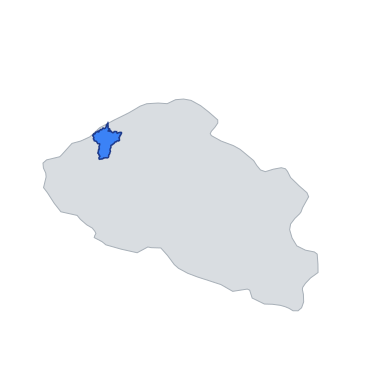 Tsento, Paro, Bhutan (highlighted), rotated 24°
{"feature_id": "84629894B34516930524400", "entity_name": "Tsento", "entity_type": "district", "adm_level": 2, "iso_a3": "BTN", "parent_name": "Bhutan", "parent_adm1": "Paro", "projection": "robinson", "projection_center": [89.316, 27.609], "detail": "fine", "context": "in_parent", "style": "filled", "palette": "blue", "viewbox_px": 384, "rotation_deg": 24, "n_neighbors": 0, "source": "geoboundaries", "source_scale": "gbopen_adm2", "svg_char_len": 5735}
<svg xmlns="http://www.w3.org/2000/svg" viewBox="0 0 384 384"><g transform="rotate(24 192 192)"><path d="M299.7,165.8L299.2,168.1L296.7,174.3L295.1,181.1L296.5,186.7L302.1,193.3L309.7,198.6L319.3,199.0L328.1,197.0L331.6,197.8L336.4,206.7L339.9,214.3L335.3,222.2L332.8,229.2L331.9,234.1L332.5,236.2L335.4,240.2L338.7,247.0L339.2,253.2L337.2,257.4L332.6,259.4L327.8,258.8L323.8,258.9L318.8,259.6L311.0,261.9L303.7,264.9L290.1,264.4L284.6,258.2L282.0,258.2L269.6,266.2L256.1,264.8L231.5,267.4L221.2,268.0L210.7,267.2L205.3,265.5L195.4,259.9L186.3,255.8L177.2,259.5L174.0,260.2L166.6,269.8L150.7,273.0L134.8,275.3L130.2,274.0L121.2,273.4L120.9,271.2L121.1,269.0L119.1,267.3L115.5,265.5L109.2,264.8L101.2,262.4L96.6,260.1L80.3,263.4L70.8,258.4L60.1,251.4L54.6,248.4L52.6,237.6L50.7,234.2L46.5,230.5L44.1,226.2L46.1,221.8L56.8,213.6L57.6,211.7L62.6,196.4L69.5,190.8L76.3,183.1L81.5,170.8L91.4,158.2L102.2,145.2L109.7,134.7L114.7,129.8L124.9,124.5L133.4,121.4L139.4,114.4L146.5,110.5L153.8,108.7L164.7,109.6L175.0,112.2L186.2,115.7L187.5,118.5L186.6,123.5L185.0,128.6L184.9,131.2L186.7,132.6L197.7,133.6L211.1,132.8L218.7,133.5L235.5,138.2L240.5,141.5L245.6,144.0L250.7,143.6L257.0,138.1L263.7,133.5L267.9,132.8L270.8,134.3L276.2,138.7L287.3,142.8L297.3,145.9L300.5,148.9L299.4,161.5L299.7,165.8Z" fill="#d9dde1" stroke="#a8b0b8" stroke-width="1"/><path d="M93.0,198.3L93.1,198.6L93.5,199.1L93.5,199.5L94.0,199.6L94.3,199.7L94.6,199.4L94.9,199.2L95.4,199.0L95.6,198.9L95.9,198.6L96.0,198.6L96.2,198.4L96.3,198.4L96.6,198.3L96.7,198.2L96.9,198.0L96.9,197.8L97.2,197.5L97.3,197.4L97.3,197.2L97.5,196.9L97.6,196.7L97.8,196.7L98.3,196.5L98.4,196.4L98.5,196.2L98.9,196.0L99.4,195.7L99.5,195.6L100.2,195.5L100.9,195.2L101.0,195.0L101.3,194.7L101.4,194.4L101.5,194.2L101.5,193.7L101.4,193.5L101.4,193.4L101.3,193.2L101.0,192.6L101.1,192.4L101.0,192.2L100.9,191.9L100.9,191.7L101.1,191.3L101.2,191.1L101.1,190.9L101.1,190.7L101.2,190.4L101.1,190.0L101.1,189.8L101.0,189.7L100.9,189.6L100.9,189.2L100.9,188.9L101.0,188.6L101.0,188.4L101.0,188.1L100.6,187.6L100.5,187.4L100.4,187.3L100.1,187.2L100.0,186.9L99.9,186.7L99.7,185.9L99.7,185.7L99.8,185.4L99.8,184.8L99.8,184.7L99.8,184.3L99.6,184.2L99.5,183.6L99.2,183.0L99.1,182.9L99.0,182.7L99.1,182.3L99.1,182.2L99.3,181.9L99.8,181.6L99.9,181.2L100.1,181.0L100.1,180.9L100.3,180.5L100.5,180.0L100.8,179.8L100.9,179.4L101.0,179.1L101.2,178.8L101.1,178.5L101.1,178.2L101.3,177.9L101.4,177.7L101.7,177.5L101.8,177.2L102.0,177.1L102.5,176.8L102.5,176.7L102.6,176.4L102.7,176.0L102.8,175.8L103.0,175.7L103.5,175.3L103.8,175.2L104.2,175.2L104.3,174.8L104.4,174.5L104.7,174.4L104.7,174.1L104.4,173.7L104.2,173.4L104.2,173.2L104.0,172.9L103.9,172.7L103.6,172.4L103.2,172.2L103.2,171.6L103.3,171.5L103.4,171.4L103.5,171.2L103.5,170.9L103.4,170.6L103.3,170.3L103.2,170.1L103.2,169.9L103.3,169.9L103.5,169.7L103.6,169.4L103.4,169.1L103.5,168.8L103.6,168.6L103.7,167.9L103.6,167.6L103.7,167.4L103.7,167.1L103.7,166.9L103.5,166.7L103.4,166.7L103.3,166.3L103.2,166.3L102.7,166.5L102.4,166.7L102.1,166.7L102.1,166.9L102.0,167.0L101.9,167.1L101.5,167.2L101.3,167.3L101.1,167.4L100.9,167.6L100.7,167.8L100.5,168.0L100.3,168.2L100.1,168.5L99.9,168.7L99.8,168.8L99.6,168.7L99.3,168.4L99.2,168.3L98.9,168.1L98.6,167.9L98.4,167.8L98.4,167.6L98.2,167.7L98.0,167.8L97.8,167.8L97.6,167.8L97.2,168.0L96.8,168.1L96.6,168.4L96.3,168.5L96.3,168.9L96.3,169.2L96.2,169.5L95.8,169.9L95.5,169.9L95.3,170.1L95.2,170.1L94.9,170.0L94.5,169.9L94.3,169.9L94.1,169.8L93.9,169.8L93.8,169.6L93.7,169.6L93.3,169.4L92.9,169.2L92.6,169.0L92.3,169.1L92.4,169.3L92.4,169.6L92.3,169.8L92.3,170.0L92.1,170.0L91.5,170.1L91.2,170.1L90.8,170.4L90.6,170.4L90.5,169.9L90.6,169.5L90.7,169.3L90.8,168.9L91.0,168.7L91.3,168.6L91.4,168.4L91.2,168.1L91.1,167.9L90.9,167.9L90.4,167.8L89.9,167.9L89.6,167.7L89.1,167.4L88.8,166.8L88.8,166.5L88.6,165.9L88.4,165.7L88.1,165.5L88.1,165.4L88.0,165.1L88.0,164.8L87.7,164.6L87.5,164.3L87.4,164.2L87.4,163.9L87.4,163.7L87.4,163.4L87.2,163.2L87.2,163.3L87.1,163.5L87.2,163.9L87.1,164.0L86.9,164.6L86.8,165.1L86.8,165.4L86.7,165.6L86.6,166.0L87.1,166.3L87.1,166.6L87.1,166.8L87.1,167.0L87.1,167.3L87.0,167.5L86.9,167.7L86.9,167.8L86.9,168.0L86.9,168.4L86.9,168.6L86.9,168.8L86.7,168.9L86.6,169.1L86.4,169.4L86.3,169.5L86.0,169.8L85.7,169.8L85.4,169.8L85.0,169.7L84.9,169.7L84.7,169.7L84.6,169.9L84.5,170.5L84.3,171.1L84.2,171.4L84.2,171.7L84.2,171.9L84.0,172.0L83.3,172.2L82.9,172.2L82.9,172.6L82.9,172.8L82.8,173.0L82.7,173.4L82.5,173.7L82.5,173.9L82.5,174.7L82.4,174.8L82.3,175.1L82.2,175.2L81.6,175.3L81.6,175.1L81.3,174.7L81.2,174.9L81.1,175.1L81.0,175.3L80.8,175.6L80.6,175.8L80.4,176.1L80.1,176.2L79.9,176.3L79.8,176.5L79.5,177.0L79.7,177.7L79.8,177.8L79.8,178.0L79.7,178.3L79.3,178.5L79.2,178.6L78.7,178.7L78.6,178.8L78.6,179.0L78.8,179.1L78.9,179.3L78.9,179.5L78.6,180.1L78.2,180.4L78.2,180.6L78.4,180.7L78.8,181.0L79.0,181.4L79.2,181.5L79.5,181.6L79.8,181.9L80.2,182.1L80.3,182.4L80.3,182.7L80.3,182.9L80.2,183.2L80.3,183.6L80.8,183.8L81.3,184.1L81.6,184.4L81.6,184.7L81.7,184.9L82.1,184.9L83.0,184.8L84.1,184.6L84.4,184.8L84.8,185.1L85.2,185.4L86.1,186.1L86.3,186.1L86.7,186.1L87.1,185.8L87.4,185.6L87.8,185.5L88.2,185.7L88.3,186.0L88.4,186.3L88.5,186.9L88.5,187.4L88.6,187.6L88.6,188.1L88.6,188.4L88.6,188.6L88.8,188.8L89.1,189.2L89.3,189.4L89.4,189.5L89.6,189.9L89.4,190.2L89.5,190.7L89.5,190.9L89.4,191.2L89.5,191.3L89.8,191.3L89.7,191.6L89.7,191.8L89.7,192.4L89.7,192.6L89.9,193.0L90.0,193.1L90.1,193.3L90.0,193.8L90.2,194.0L90.1,194.6L90.2,194.8L90.3,194.9L90.5,194.9L90.8,194.8L91.1,195.1L91.2,195.3L91.4,195.5L91.6,195.6L91.8,195.6L92.2,195.9L92.2,196.1L92.3,196.1L92.8,196.4L93.0,196.5L93.2,196.8L93.4,197.0L93.1,197.7L93.0,198.2L93.0,198.3Z" fill="#3b82f6" stroke="#1e3a8a" stroke-width="1.5"/></g></svg>